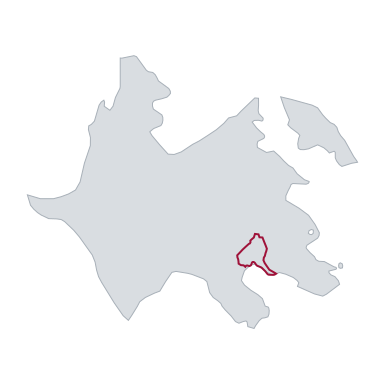 Azerbaijan, with Samux highlighted, rotated 182°
{"feature_id": "AZE-1686", "entity_name": "Samux", "entity_type": "District", "adm_level": 1, "iso_a3": "AZE", "parent_name": "Azerbaijan", "parent_adm1": "", "projection": "mercator", "projection_center": [46.434, 40.941], "detail": "fine", "context": "in_parent", "style": "outline", "palette": "rose", "viewbox_px": 384, "rotation_deg": 182, "n_neighbors": 0, "source": "natural_earth", "source_scale": "10m", "svg_char_len": 3942}
<svg xmlns="http://www.w3.org/2000/svg" viewBox="0 0 384 384"><g transform="rotate(182 192 192)"><path d="M268.4,323.4L266.8,323.3L254.8,326.2L252.2,325.3L241.9,312.1L239.8,310.7L235.4,310.1L232.8,307.9L230.7,304.4L229.4,301.8L218.8,294.6L217.2,292.0L217.0,289.7L218.6,287.6L220.4,285.9L225.6,284.1L231.6,282.5L233.6,281.4L234.6,279.5L234.5,276.5L233.5,273.5L224.8,268.0L223.8,265.6L223.6,262.7L224.1,259.7L225.4,257.3L232.5,254.1L236.3,250.7L234.0,247.0L226.3,238.4L217.2,229.0L211.1,228.9L204.1,231.7L192.9,239.7L186.7,243.2L178.6,248.8L169.8,255.1L162.5,261.8L158.0,267.3L150.0,269.7L146.0,274.3L132.5,288.2L128.8,288.0L128.5,281.1L128.7,275.7L127.9,272.6L123.5,268.3L123.5,266.4L124.6,265.3L128.0,266.0L132.3,265.7L134.3,264.0L129.7,258.3L125.6,254.6L122.2,252.0L121.4,250.5L121.4,249.4L122.1,248.1L128.0,244.9L128.6,242.1L128.2,238.8L118.9,234.1L111.8,235.8L105.5,230.5L101.5,226.4L96.4,221.9L91.9,219.5L87.6,213.9L80.1,208.2L75.3,206.6L75.4,205.7L76.2,204.6L78.2,203.8L91.6,204.0L93.3,202.9L94.1,200.5L95.9,196.8L98.1,191.4L97.9,186.9L84.4,179.5L74.7,172.8L67.9,163.9L63.3,155.7L63.5,152.9L64.8,150.3L75.3,142.8L76.0,140.8L75.7,139.5L72.0,135.6L67.3,131.6L65.8,128.7L62.9,127.2L57.3,127.1L47.5,122.2L45.4,121.7L44.9,120.7L45.4,119.8L52.4,117.8L52.3,116.1L50.2,114.0L46.2,112.4L42.6,108.4L41.3,104.9L54.0,94.6L57.7,92.5L66.0,94.4L83.3,101.3L82.1,105.1L83.8,107.2L87.8,110.1L95.4,113.1L101.8,114.6L105.0,113.3L110.0,112.2L116.4,115.6L122.3,119.9L125.3,121.6L126.9,122.1L131.3,120.7L136.8,115.2L138.9,108.5L139.5,105.2L136.3,100.8L129.8,95.9L122.6,91.7L117.9,87.9L114.9,80.5L111.9,79.7L111.2,78.7L110.7,76.2L110.8,72.7L111.8,69.9L114.8,68.8L117.7,68.3L120.4,65.7L123.8,60.6L125.2,57.8L131.5,59.4L132.4,64.0L133.5,65.0L136.1,64.4L140.5,62.5L144.0,64.0L148.5,69.4L154.6,75.2L158.0,79.0L159.3,81.7L162.5,84.3L167.1,87.3L170.8,92.0L174.0,103.0L177.4,105.6L189.3,109.7L193.5,110.6L205.2,112.1L209.3,111.0L215.3,101.5L220.7,91.8L225.8,89.7L234.9,85.0L240.4,80.5L242.7,75.7L247.9,66.6L251.1,61.5L256.5,66.0L265.8,78.4L279.1,98.4L282.4,104.1L284.6,110.6L286.4,118.6L289.5,125.6L303.0,143.2L308.8,149.6L318.3,158.0L321.7,159.9L326.2,160.4L334.3,160.4L341.9,163.7L345.6,166.0L349.5,169.3L352.9,173.1L356.4,183.4L343.3,180.0L330.1,180.5L322.7,182.7L315.4,185.7L308.5,189.9L304.2,198.1L300.5,217.1L295.2,234.8L295.4,242.9L297.7,250.8L297.5,254.5L295.0,256.0L292.0,259.4L287.9,275.5L285.9,278.7L283.3,280.7L282.5,278.8L282.7,274.6L276.9,270.8L273.9,275.0L271.8,283.8L267.6,293.1L267.4,294.9L268.4,323.4ZM73.7,157.4L74.3,154.8L72.6,153.7L70.9,153.6L69.4,154.9L69.4,158.1L71.4,158.7L73.7,157.4ZM30.5,231.6L28.5,229.0L27.6,227.5L33.4,226.3L43.1,222.8L45.7,224.5L48.6,228.1L50.0,231.1L50.2,236.7L51.4,237.7L56.1,235.8L58.2,238.0L61.8,240.8L68.1,243.5L77.1,239.2L81.6,238.2L85.3,238.2L87.3,239.6L88.0,243.9L87.3,249.3L86.2,252.3L88.1,254.4L95.6,259.6L98.6,262.5L97.1,267.5L102.7,279.6L104.5,284.4L106.7,290.2L95.4,287.9L75.0,283.0L69.4,280.5L64.1,273.7L60.9,270.4L56.3,266.2L52.4,264.6L49.5,261.7L47.9,257.4L45.4,253.5L41.2,248.9L31.7,233.2L30.5,231.6ZM42.6,125.5L41.4,126.4L39.4,125.5L38.8,123.5L39.0,121.4L40.9,120.9L42.5,121.5L42.9,123.4L42.6,125.5Z" fill="#d9dde1" stroke="#a8b0b8" stroke-width="1"/><path d="M134.2,120.5L135.3,120.3L136.1,119.1L137.8,120.5L140.5,120.6L142.9,122.0L143.1,124.1L143.5,126.4L144.3,128.2L144.6,130.3L142.0,133.2L139.4,136.2L136.4,139.2L133.4,142.1L132.3,142.7L131.8,143.8L132.0,145.4L131.0,146.5L128.6,148.7L127.6,152.3L124.1,152.0L123.0,149.1L120.0,149.0L118.0,144.4L116.3,140.6L115.2,137.9L115.8,135.1L116.3,133.8L116.6,132.3L117.0,130.5L117.9,129.0L118.2,126.3L116.9,123.6L114.5,120.3L112.0,117.0L108.7,115.3L105.4,113.5L105.1,113.3L106.6,112.3L107.9,112.0L112.3,112.0L113.4,112.4L114.3,113.3L116.0,115.4L119.5,118.6L120.7,119.3L124.2,120.5L125.2,121.3L126.8,123.5L127.9,124.2L129.1,124.1L129.7,123.3L130.0,122.1L130.6,120.8L131.9,120.0L133.0,120.2L134.2,120.5Z" fill="none" stroke="#9f1239" stroke-width="2"/></g></svg>